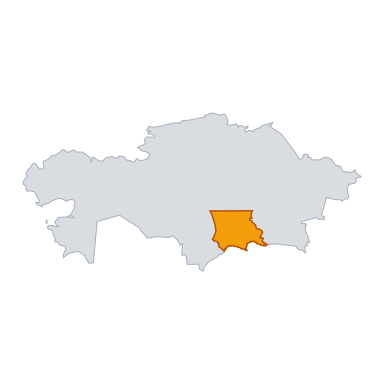 location of Zhambyl within Kazakhstan
{"feature_id": "KAZ-3252", "entity_name": "Zhambyl", "entity_type": "Region", "adm_level": 1, "iso_a3": "KAZ", "parent_name": "Kazakhstan", "parent_adm1": "", "projection": "equal_earth", "projection_center": [72.801, 44.147], "detail": "fine", "context": "in_parent", "style": "filled", "palette": "amber", "viewbox_px": 384, "rotation_deg": 0, "n_neighbors": 0, "source": "natural_earth", "source_scale": "10m", "svg_char_len": 6393}
<svg xmlns="http://www.w3.org/2000/svg" viewBox="0 0 384 384"><path d="M224.6,252.2L222.6,253.1L221.4,254.6L220.0,254.1L217.1,257.1L208.8,261.6L203.7,267.9L203.6,270.8L202.2,270.9L199.0,268.7L199.6,266.2L198.1,264.2L187.4,264.4L185.8,255.1L181.5,255.0L182.7,243.8L180.1,245.1L177.6,240.2L172.7,235.7L168.7,237.5L158.0,236.6L147.5,238.2L140.8,230.6L139.6,228.1L119.6,215.2L97.1,221.4L93.4,262.8L88.7,263.1L84.3,255.4L78.3,251.2L68.8,253.4L63.5,257.5L63.6,253.9L65.3,250.2L65.5,246.4L59.6,245.2L57.5,241.9L54.8,241.7L55.2,238.3L53.5,235.3L52.1,230.3L48.0,228.8L47.5,227.3L48.0,226.0L49.0,225.5L52.9,225.4L55.5,226.9L58.6,226.5L56.8,225.6L54.6,222.2L58.6,217.4L67.3,216.9L73.8,217.7L70.5,215.0L74.3,208.2L74.0,205.1L75.2,203.0L74.6,201.0L73.4,199.9L69.8,199.5L66.7,201.3L62.5,199.1L59.0,198.2L52.3,200.7L47.4,203.8L42.7,204.6L42.7,205.8L42.1,205.5L41.3,206.1L41.5,206.6L36.6,204.1L35.8,203.2L36.0,202.3L39.1,202.6L39.8,201.9L34.6,191.8L29.0,190.7L27.3,191.4L26.0,189.2L26.3,186.1L23.2,184.2L23.0,182.5L24.2,180.0L27.5,176.4L26.0,174.1L26.4,172.7L28.4,169.0L30.8,167.4L31.9,164.6L33.5,163.3L35.2,163.5L39.5,168.9L40.2,169.3L43.1,168.2L43.9,167.3L43.1,161.1L44.5,161.2L49.2,158.6L50.9,156.2L53.7,155.7L57.9,153.8L62.5,149.6L65.3,150.4L66.6,152.2L68.7,152.1L74.0,149.8L76.5,152.1L82.8,152.1L88.7,156.6L90.7,159.3L90.8,161.4L91.5,161.9L92.4,160.6L91.9,157.6L92.8,156.9L98.2,160.5L100.8,161.4L103.9,160.0L104.8,158.7L107.8,156.9L108.8,157.3L112.1,156.4L115.4,158.2L117.2,157.8L118.9,156.1L123.1,156.4L127.0,160.2L131.6,161.0L132.1,162.3L134.5,161.4L136.8,158.6L139.6,160.4L143.8,160.2L147.6,158.5L149.5,154.7L149.3,153.7L147.9,152.5L140.7,150.4L140.2,149.1L137.5,147.5L140.8,145.5L142.8,145.3L145.6,143.4L144.1,140.0L146.5,137.0L153.9,137.3L154.9,136.6L154.4,135.6L151.7,134.4L148.0,133.8L147.8,133.3L148.4,132.2L150.9,131.5L150.4,130.9L148.6,131.2L146.5,130.5L148.9,126.5L154.3,127.3L174.7,122.9L178.4,122.8L179.7,123.4L180.9,121.6L182.9,120.6L188.8,120.2L204.2,117.1L204.9,116.4L204.6,115.3L207.1,114.9L210.8,113.1L214.8,113.4L220.2,115.3L224.6,113.9L225.9,115.7L228.0,120.8L227.7,123.1L226.9,124.2L227.2,124.6L229.1,125.2L234.4,124.7L235.9,123.5L237.5,125.5L237.9,127.3L239.0,126.8L238.9,125.8L239.3,125.4L241.6,125.7L244.2,127.1L248.0,126.3L247.7,127.4L244.8,129.6L244.6,130.7L245.6,132.2L249.2,130.5L252.0,130.9L253.1,131.8L253.9,130.2L256.9,128.5L260.0,127.8L261.2,127.0L261.7,125.8L272.7,122.4L271.3,125.3L269.5,125.2L270.0,126.5L281.2,134.0L294.9,152.0L299.4,159.4L302.9,157.6L303.0,155.2L305.3,154.0L308.5,155.1L308.2,157.4L310.8,157.5L311.5,159.8L319.9,159.9L322.0,158.2L326.8,157.1L331.7,159.4L335.2,165.0L340.9,166.8L341.1,168.6L343.2,171.5L351.1,172.7L355.0,169.8L355.5,170.6L354.8,172.0L356.4,172.8L358.1,174.9L360.1,175.7L361.0,177.1L356.7,177.5L356.2,178.6L356.3,181.2L355.1,183.0L348.5,184.5L347.1,189.5L348.7,196.7L347.4,198.7L345.3,199.0L341.7,201.2L340.6,199.7L335.1,199.7L326.7,197.4L321.6,214.8L321.8,215.6L324.3,216.6L324.4,218.1L323.7,219.9L321.4,218.9L318.7,219.5L316.5,217.5L302.7,221.3L301.2,222.6L302.3,223.6L304.5,223.5L306.5,224.5L305.4,226.3L305.7,231.4L308.4,237.3L308.7,240.2L309.8,241.9L309.5,242.5L308.4,242.2L306.4,243.2L306.4,244.0L307.8,245.1L304.9,246.7L304.6,247.9L305.7,252.4L305.2,252.9L302.6,250.3L298.3,249.5L295.6,246.2L277.0,244.0L267.1,244.4L265.3,245.8L263.0,245.5L258.2,243.9L252.9,241.0L250.7,241.5L247.3,243.7L246.1,248.3L246.8,250.4L236.2,246.4L231.7,245.7L227.3,246.7L224.1,251.2L224.6,252.2ZM47.4,222.9L46.6,223.2L45.9,222.0L46.3,220.8L47.1,220.4L46.3,221.9L47.4,222.9ZM69.5,216.8L68.8,216.6L68.5,216.1L69.4,215.6L69.5,216.8Z" fill="#d9dde1" stroke="#a8b0b8" stroke-width="1"/><path d="M261.6,245.4L261.4,245.4L260.8,245.1L260.6,244.9L260.4,244.8L259.8,244.6L259.6,244.5L259.3,244.3L258.6,244.0L257.6,243.8L257.3,243.7L256.4,243.0L256.3,242.9L256.1,242.5L255.9,242.4L255.4,242.2L255.1,242.0L254.8,242.0L254.6,241.9L254.1,241.5L253.9,241.4L253.6,241.4L253.3,241.3L252.9,240.9L252.7,240.7L252.9,241.1L253.0,241.2L253.0,241.4L252.8,241.5L251.5,241.6L251.3,241.6L251.0,241.3L250.8,241.2L250.5,241.4L250.3,242.2L249.9,242.4L249.6,242.4L249.4,242.4L248.0,243.0L247.5,243.2L247.4,243.3L247.3,243.5L247.0,244.4L246.8,244.7L246.7,244.9L246.7,245.1L246.7,245.3L246.8,245.6L246.9,245.9L246.8,246.0L246.6,246.5L246.1,247.5L246.1,247.9L246.0,248.3L246.1,248.7L246.2,249.1L246.9,250.2L246.9,250.3L246.9,250.5L246.6,250.5L246.1,250.3L245.3,250.2L245.2,250.0L245.2,249.8L245.2,249.4L244.9,249.2L244.3,249.2L244.1,249.1L243.8,248.9L243.5,248.8L243.1,248.8L242.0,248.9L241.7,248.9L241.4,248.9L241.1,248.7L240.9,248.5L240.6,248.0L240.4,247.8L240.1,247.6L238.9,247.3L238.2,247.3L237.9,247.3L236.9,246.6L236.3,246.4L235.2,246.4L234.8,246.5L234.7,246.5L234.4,246.4L233.4,245.9L232.9,245.8L232.7,245.7L232.3,245.6L232.0,245.7L231.4,245.7L231.1,245.8L230.2,246.4L229.9,246.4L229.6,246.1L229.4,246.1L228.8,246.0L228.6,246.0L228.4,246.3L228.3,246.5L228.1,246.6L227.8,246.6L227.6,246.5L227.4,246.5L227.1,246.9L227.0,247.0L226.8,247.1L226.5,247.2L226.4,247.3L226.4,247.6L226.4,248.0L226.2,248.3L225.5,248.4L225.1,248.6L225.2,249.1L225.3,249.2L225.6,249.4L225.7,249.6L225.6,249.8L225.4,249.9L224.9,249.6L224.6,249.9L224.5,250.1L224.5,250.4L224.5,250.5L224.5,250.8L224.2,251.1L223.6,250.8L223.6,250.6L223.4,250.5L223.3,250.1L222.7,249.9L221.8,248.9L221.4,248.8L221.2,248.4L220.8,247.9L220.2,247.4L219.9,247.2L219.2,247.1L218.8,246.4L218.7,245.4L218.8,244.6L218.6,244.2L218.7,243.9L218.2,243.5L218.4,243.2L218.2,242.9L217.9,243.0L217.6,242.6L217.4,241.9L216.7,241.7L216.1,241.4L215.7,241.2L215.0,241.2L214.1,240.9L213.7,240.7L213.2,240.0L213.3,239.5L213.0,239.2L212.5,239.0L212.7,238.7L213.5,237.7L215.7,231.8L216.0,231.4L215.9,230.6L215.1,225.1L212.8,217.0L211.0,212.6L210.0,211.0L252.5,210.8L251.4,212.8L251.2,215.4L251.4,217.2L251.6,217.8L251.8,218.3L249.7,218.5L249.4,219.4L250.1,220.5L251.0,220.5L251.8,220.7L251.9,221.6L252.3,222.3L255.6,225.1L255.8,226.7L256.3,227.8L257.5,229.0L259.4,229.2L260.9,230.0L261.8,230.8L262.4,231.6L262.4,232.8L262.0,233.8L259.9,237.4L260.6,237.7L261.3,237.8L261.6,237.7L261.9,238.0L262.7,238.0L263.4,238.4L262.8,239.2L262.3,240.3L262.5,240.9L262.5,241.2L262.7,241.5L262.9,241.9L263.7,242.5L264.7,242.9L265.4,243.5L264.8,243.9L266.5,244.2L266.8,244.4L266.7,244.4L266.5,244.5L266.2,245.3L265.9,245.6L265.7,245.8L265.4,245.9L265.2,245.9L264.6,245.7L264.1,245.7L262.2,245.4L261.6,245.4Z" fill="#f59e0b" stroke="#b45309" stroke-width="1.5"/></svg>